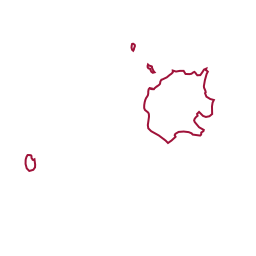 Trapani, Mercator projection, rotated 39°
{"feature_id": "ITA-5409", "entity_name": "Trapani", "entity_type": "Province", "adm_level": 1, "iso_a3": "ITA", "parent_name": "Italy", "parent_adm1": "", "projection": "mercator", "projection_center": [12.517, 37.467], "detail": "fine", "context": "isolated", "style": "outline", "palette": "rose", "viewbox_px": 256, "rotation_deg": 39, "n_neighbors": 0, "source": "natural_earth", "source_scale": "10m", "svg_char_len": 1813}
<svg xmlns="http://www.w3.org/2000/svg" viewBox="0 0 256 256"><g transform="rotate(39 128 128)"><path d="M168.5,114.5L165.2,114.1L156.7,114.4L148.0,115.9L144.0,115.5L141.6,113.3L137.2,106.0L135.5,104.1L134.0,103.3L129.8,103.3L128.0,102.3L126.2,100.0L124.7,97.4L123.7,95.1L123.2,93.2L123.1,91.5L122.8,89.9L121.9,88.3L120.7,86.8L119.7,84.9L119.7,83.3L121.5,82.4L121.7,83.0L123.2,82.0L123.7,81.5L123.5,81.1L124.2,77.5L124.4,77.4L125.0,75.0L125.1,73.8L124.9,73.2L124.0,71.7L123.7,70.5L123.6,69.6L123.6,69.4L123.9,69.2L126.3,64.2L127.0,60.6L127.6,58.5L127.8,56.6L126.6,55.2L129.8,53.9L132.5,50.8L135.3,48.6L138.7,49.8L141.8,47.5L143.2,45.9L143.7,43.8L144.3,42.6L145.7,42.7L147.4,43.2L148.7,43.4L150.9,41.4L150.7,38.1L150.3,34.8L151.5,32.5L152.2,34.0L153.4,33.9L154.6,34.0L155.1,36.5L157.7,42.5L160.6,47.7L161.7,48.8L164.6,50.3L165.9,51.3L165.9,52.4L169.2,54.3L173.7,53.7L177.1,52.2L177.8,55.1L179.7,58.4L184.6,64.2L183.9,67.6L181.6,70.4L178.7,71.4L173.1,70.8L172.8,73.6L174.4,74.7L174.0,76.7L174.0,78.8L174.6,80.5L176.2,81.4L182.8,82.7L188.1,81.8L188.6,83.0L187.8,85.4L189.0,87.1L188.8,88.5L182.4,92.4L181.0,92.2L180.8,92.1L177.8,93.0L173.5,95.7L169.8,99.2L168.5,102.7L168.8,104.2L170.5,104.9L169.7,110.4L168.5,114.5ZM75.0,211.2L79.0,215.0L80.5,217.1L80.7,220.1L78.3,223.5L74.7,223.1L71.0,220.4L68.6,217.3L68.1,216.4L67.3,214.3L67.0,212.2L68.2,211.2L68.7,211.0L69.5,210.4L70.0,210.3L70.7,210.6L71.7,211.8L72.1,212.1L73.1,212.3L73.8,212.7L74.4,212.6L75.0,211.2ZM103.6,66.1L105.1,66.2L106.1,65.8L107.0,65.4L107.9,65.2L108.7,66.0L110.3,66.9L112.1,67.7L113.6,68.0L112.5,69.5L110.8,69.6L109.2,68.9L107.9,68.0L106.4,68.8L105.2,68.5L104.2,67.5L103.6,66.1ZM82.6,62.3L83.2,63.4L83.4,64.7L81.9,64.6L80.1,63.3L79.0,61.6L78.3,60.1L78.9,59.3L80.7,59.1L81.8,59.9L82.6,62.3Z" fill="none" stroke="#9f1239" stroke-width="2"/></g></svg>